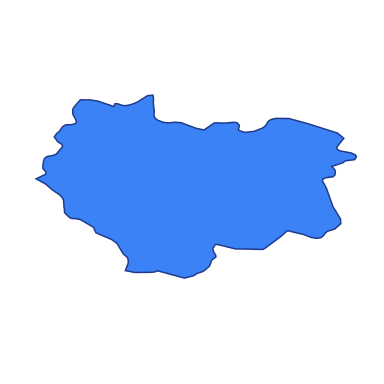 an SVG outline of Rapla, rotated 190°
{"feature_id": "EST-2348", "entity_name": "Rapla", "entity_type": "County", "adm_level": 1, "iso_a3": "EST", "parent_name": "Estonia", "parent_adm1": "", "projection": "natural_earth1", "projection_center": [24.741, 58.948], "detail": "fine", "context": "isolated", "style": "filled", "palette": "blue", "viewbox_px": 384, "rotation_deg": 190, "n_neighbors": 0, "source": "natural_earth", "source_scale": "10m", "svg_char_len": 2065}
<svg xmlns="http://www.w3.org/2000/svg" viewBox="0 0 384 384"><g transform="rotate(190 192 192)"><path d="M51.8,271.2L56.5,262.7L57.2,260.9L56.4,259.3L53.7,258.2L42.1,258.1L37.6,257.0L36.2,255.3L37.4,252.1L46.5,249.3L48.3,247.1L58.8,241.4L55.1,238.6L54.2,236.3L54.3,233.2L56.0,231.4L62.7,229.3L65.1,227.7L65.4,225.2L62.9,222.5L60.2,218.9L50.6,202.0L41.1,191.3L40.0,186.6L45.0,180.3L52.0,176.7L54.1,173.8L54.7,172.3L55.7,170.8L57.5,169.2L60.9,168.1L66.5,167.9L74.5,169.5L91.3,170.5L96.6,163.8L110.0,149.6L112.3,147.7L126.2,145.6L139.3,143.5L157.6,144.7L159.9,144.4L161.7,140.0L161.2,138.4L159.4,135.7L157.7,134.0L157.2,132.2L160.6,128.5L161.9,122.1L165.8,117.2L167.8,115.4L172.7,112.8L176.1,109.7L184.4,105.9L212.1,108.4L214.2,107.1L217.7,105.9L234.6,102.8L244.0,103.0L242.5,110.6L242.9,113.7L244.4,116.4L249.0,119.2L253.4,124.2L255.9,127.2L257.1,128.4L263.0,131.3L279.4,135.1L283.0,140.2L297.4,145.5L303.2,145.5L304.6,145.1L306.9,145.1L309.7,146.6L313.9,149.5L314.8,153.1L315.5,155.0L315.9,157.2L316.5,159.0L316.9,161.2L318.4,163.6L321.8,166.2L329.5,169.6L337.6,174.4L347.8,177.9L339.4,184.0L339.1,185.0L339.6,186.6L341.3,187.8L343.0,189.4L343.5,192.8L343.5,196.0L343.1,199.4L341.3,201.5L338.7,202.7L336.6,203.2L332.4,205.5L327.4,214.1L327.8,215.3L329.0,216.6L332.9,218.1L337.2,222.3L335.4,226.1L333.1,228.8L331.2,233.1L329.8,234.9L328.1,236.2L322.4,237.4L319.0,238.9L318.0,240.7L318.8,242.7L322.9,248.0L323.8,252.3L323.2,254.7L318.0,263.4L308.4,265.0L300.6,265.2L283.8,262.6L283.4,265.4L282.4,265.8L279.8,265.9L275.5,265.2L274.0,265.2L270.2,266.2L265.1,268.7L261.2,271.3L252.5,279.2L247.3,280.6L246.2,277.6L245.5,272.9L243.3,265.4L242.6,260.2L241.0,258.2L238.2,256.7L232.1,255.6L227.5,255.9L221.2,257.7L214.9,258.4L199.4,255.5L190.9,255.2L181.9,264.0L171.0,265.7L162.9,268.0L159.5,268.0L156.9,265.8L156.9,264.1L157.2,262.0L156.3,260.8L152.5,260.1L149.6,260.0L141.5,262.5L133.8,267.1L132.3,268.6L130.7,270.8L129.2,274.8L128.1,276.0L125.8,277.6L122.1,279.1L109.3,281.2L89.7,279.4L58.9,275.3L51.8,271.2Z" fill="#3b82f6" stroke="#1e3a8a" stroke-width="1.5"/></g></svg>